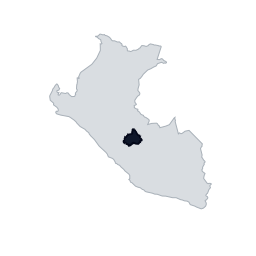 location of Oxapampa, Pasco, Peru, rotated 344°
{"feature_id": "86281439B19526712257024", "entity_name": "Oxapampa", "entity_type": "district", "adm_level": 2, "iso_a3": "PER", "parent_name": "Peru", "parent_adm1": "Pasco", "projection": "albers", "projection_center": [-75.08, -10.181], "detail": "fine", "context": "in_parent", "style": "filled", "palette": "ink", "viewbox_px": 256, "rotation_deg": 344, "n_neighbors": 0, "source": "geoboundaries", "source_scale": "gbopen_adm2", "svg_char_len": 7190}
<svg xmlns="http://www.w3.org/2000/svg" viewBox="0 0 256 256"><g transform="rotate(344 128 128)"><path d="M183.1,75.1L183.0,75.8L182.1,76.1L181.3,75.6L180.1,75.7L178.4,74.1L174.1,74.3L172.2,76.1L169.4,76.5L166.3,77.3L162.9,77.7L157.4,80.6L156.1,81.8L153.6,83.6L151.6,84.2L150.6,89.6L148.6,92.8L147.8,94.6L148.9,97.2L148.8,98.5L147.7,99.6L146.8,99.7L145.0,100.8L142.2,103.2L141.7,105.1L142.6,107.5L142.3,107.8L140.0,108.3L140.0,109.6L139.6,110.2L141.5,112.1L142.6,112.6L142.6,113.1L142.4,113.6L142.0,113.8L142.0,114.2L143.3,115.7L144.3,118.6L146.3,120.1L146.4,121.0L146.9,122.0L148.0,122.7L150.4,125.6L150.4,127.0L147.9,130.1L152.1,130.1L156.7,131.2L157.3,131.7L157.8,133.1L157.9,134.1L158.8,134.8L158.7,136.5L164.8,136.6L168.7,136.2L175.1,131.1L176.1,130.7L175.6,131.8L175.5,132.6L175.8,133.5L175.1,134.8L174.8,147.5L176.0,146.8L177.4,148.1L178.5,148.1L182.0,146.8L186.0,147.1L195.1,163.8L194.3,165.0L194.3,165.8L193.2,166.5L192.0,167.8L191.8,174.4L190.8,176.4L191.3,177.5L191.8,179.6L192.6,180.9L192.8,181.7L192.7,182.0L191.4,182.7L191.3,183.9L188.9,186.2L188.5,187.8L187.6,188.3L187.4,190.1L189.5,193.0L188.1,194.7L186.8,197.3L188.8,202.8L189.7,203.6L190.6,203.5L192.0,204.0L192.7,204.8L191.0,205.8L190.7,206.3L190.8,208.1L188.9,209.4L186.4,212.7L185.7,212.9L184.4,213.9L184.2,214.4L184.4,214.9L185.4,215.9L185.5,217.2L183.7,218.7L182.5,218.8L182.0,219.2L182.5,221.3L182.4,222.3L182.0,223.3L181.1,224.5L178.5,225.8L176.1,225.9L172.0,222.8L170.7,221.5L166.7,218.8L166.1,216.0L164.7,214.6L162.2,213.6L160.3,212.1L158.8,211.4L155.1,208.3L151.7,207.3L145.5,203.9L142.1,202.8L137.8,199.7L135.4,198.9L133.5,197.4L127.8,194.3L126.9,193.4L126.1,191.8L124.8,190.9L123.4,188.9L121.2,187.6L119.2,186.0L116.7,181.7L115.5,180.7L115.4,178.7L114.6,177.8L115.8,177.1L116.6,174.1L116.1,172.5L113.2,168.4L112.6,166.7L110.5,163.5L109.7,161.6L108.0,160.2L107.3,159.0L106.3,158.5L106.3,157.1L105.6,154.3L104.6,152.9L101.2,150.3L100.9,147.4L100.1,145.4L95.3,137.5L92.5,129.8L90.1,125.5L89.1,123.1L89.0,121.7L87.3,119.5L86.3,117.4L82.4,113.4L80.1,109.0L79.7,107.7L78.2,105.3L75.6,102.1L74.4,100.8L66.8,97.0L63.3,94.7L62.8,93.5L63.0,92.8L63.7,92.1L64.8,92.6L65.5,92.3L66.0,91.5L66.0,90.1L65.3,88.4L62.8,85.2L63.4,83.7L60.9,79.9L61.4,76.2L61.9,75.2L65.5,71.4L66.5,69.8L68.0,68.8L69.6,67.2L71.5,66.0L72.1,66.4L72.7,68.4L72.6,69.8L73.2,71.2L71.9,72.6L70.4,72.4L69.9,72.7L69.7,73.3L69.9,74.4L70.3,74.8L71.4,74.8L69.9,76.8L70.1,77.2L71.1,77.5L72.0,77.0L73.1,75.9L73.7,75.7L77.4,77.6L79.1,77.3L80.4,78.2L80.6,79.6L82.5,82.3L85.2,82.9L85.7,82.7L86.3,81.7L86.9,81.5L87.0,80.0L89.3,78.3L89.7,77.2L89.3,76.4L89.4,75.8L90.7,72.2L91.2,71.8L91.6,70.6L92.1,69.9L92.9,65.9L93.5,65.9L94.2,66.8L94.9,66.6L94.5,65.7L94.6,65.3L97.2,62.1L98.1,61.4L110.8,56.8L117.2,52.2L122.8,45.8L124.5,39.4L125.2,39.9L126.2,39.7L125.9,37.1L126.1,35.9L126.1,35.5L124.3,33.9L123.6,32.3L122.1,31.3L122.1,30.9L123.8,31.3L125.2,31.1L126.5,30.1L127.5,30.2L129.6,31.6L131.1,31.7L131.6,32.8L133.1,33.5L135.3,35.8L136.3,38.2L136.2,38.6L137.1,39.9L139.2,40.5L141.3,42.3L143.5,42.9L144.4,44.5L145.0,45.0L145.3,45.9L144.9,47.0L145.3,47.6L146.8,48.6L148.2,48.6L148.5,49.1L149.2,51.7L148.7,53.1L148.9,53.8L150.7,54.5L151.2,55.1L152.6,55.2L154.6,54.7L157.1,55.5L159.0,55.2L159.9,55.0L160.8,54.4L161.6,54.4L163.6,52.8L164.1,52.6L166.2,53.4L167.9,54.6L170.1,54.4L171.0,53.7L172.6,53.3L175.4,54.8L176.0,55.5L176.8,55.6L179.8,57.1L180.4,57.7L182.0,58.2L182.3,58.7L182.2,59.2L174.9,70.1L177.1,71.0L179.1,70.5L180.2,71.2L181.0,73.0L182.5,74.3L183.1,75.1Z" fill="#d9dde1" stroke="#a8b0b8" stroke-width="1"/><path d="M135.2,135.9L135.2,135.7L135.1,135.3L135.0,135.1L134.9,135.0L134.7,135.0L134.7,134.9L134.8,134.4L134.7,134.3L134.8,134.0L134.7,133.6L134.4,133.2L134.3,132.9L134.3,132.7L134.2,132.5L134.3,132.4L134.3,132.2L134.1,132.0L133.9,132.0L133.8,131.9L133.4,131.8L133.4,131.5L133.4,131.4L133.3,131.2L133.2,131.1L133.3,131.0L133.4,130.8L133.4,130.7L133.1,130.7L132.9,130.6L132.5,130.5L132.4,130.4L132.2,130.4L131.9,130.6L131.7,130.9L131.7,131.0L131.6,131.3L131.6,131.5L131.7,131.8L131.5,132.1L131.4,132.1L131.4,132.3L131.4,132.5L131.2,132.6L131.2,132.8L130.9,132.8L130.9,133.0L130.7,133.2L130.8,133.3L130.8,133.5L130.6,133.7L130.6,133.8L130.5,134.0L130.8,134.0L130.8,134.3L130.7,134.4L130.7,134.5L130.4,134.7L130.2,134.4L130.0,134.6L129.4,134.8L129.1,134.9L129.0,134.6L128.8,134.6L128.7,134.5L128.4,134.5L128.3,134.4L128.1,134.6L127.9,134.7L127.5,134.6L127.2,134.6L126.8,134.4L126.5,134.1L126.2,134.0L125.9,133.9L125.8,134.0L125.6,133.9L125.8,134.1L125.8,134.4L126.0,134.6L126.0,134.8L125.9,134.9L125.9,135.0L125.7,135.0L125.0,135.0L124.7,135.1L124.6,135.3L124.8,135.4L124.7,135.6L124.3,135.7L124.2,135.7L124.1,135.9L124.0,136.2L123.9,136.3L123.8,136.2L123.6,136.1L123.3,136.1L123.1,136.2L122.8,135.9L122.7,135.8L122.6,136.2L122.6,136.3L122.6,136.5L122.1,136.6L121.9,136.8L121.8,137.0L121.7,137.1L121.7,137.3L121.6,137.5L121.5,137.9L121.5,138.0L121.5,138.5L121.4,138.7L121.2,138.9L120.9,138.9L120.6,139.1L120.4,139.0L120.2,139.0L120.0,139.5L119.9,139.6L119.9,139.9L119.8,140.2L119.9,140.4L119.9,140.7L119.9,140.9L119.9,141.0L120.1,141.1L120.3,141.1L120.4,141.3L120.5,141.1L120.8,141.0L121.0,141.0L121.3,141.0L121.6,141.1L121.9,141.3L121.8,141.9L121.9,142.0L122.0,142.3L121.9,142.4L121.9,142.5L121.8,142.8L121.9,143.0L122.0,143.1L122.4,143.0L122.5,143.0L122.8,143.3L123.0,143.3L123.1,143.2L123.3,143.4L123.1,143.6L123.3,143.7L123.5,143.7L123.5,143.9L123.5,144.0L123.4,144.3L123.5,144.5L123.6,144.4L123.6,144.5L123.8,144.5L124.0,144.7L124.0,144.4L124.3,144.4L124.5,144.5L124.6,144.4L124.8,144.5L124.9,144.9L124.8,145.3L124.7,145.4L124.6,145.5L124.8,145.5L125.1,145.5L125.2,145.2L125.3,144.9L125.4,145.0L125.5,145.1L125.7,145.3L125.9,145.4L126.1,145.3L126.1,145.2L126.3,145.0L126.4,144.8L126.4,144.5L126.5,144.5L126.8,144.6L127.1,144.4L127.3,144.5L127.3,144.4L127.6,144.3L127.8,144.1L127.9,143.9L128.0,143.7L128.2,143.4L128.4,143.4L128.5,143.6L128.8,143.6L128.8,144.0L129.1,144.2L129.1,144.3L129.3,144.3L129.4,144.2L129.6,144.4L129.8,144.5L129.8,144.4L130.1,144.6L130.3,144.5L130.3,144.3L130.1,144.0L130.1,143.9L130.5,144.2L130.6,144.5L131.1,145.3L131.3,145.2L131.4,145.3L131.5,145.2L131.7,145.3L131.9,145.5L132.0,145.6L132.1,145.8L132.3,145.9L132.5,145.7L132.8,145.7L132.8,145.9L133.0,146.0L133.3,146.1L133.5,146.2L133.7,145.9L133.8,146.0L134.0,146.0L134.3,145.9L134.3,145.7L134.3,145.4L134.6,145.3L134.6,145.2L134.9,145.1L135.0,145.1L135.4,145.1L135.5,144.8L135.4,144.6L135.4,144.4L135.5,144.4L135.7,144.5L135.7,144.4L135.8,144.5L135.8,144.4L135.9,144.2L136.1,144.2L136.4,143.7L136.6,143.6L136.8,143.4L137.1,143.4L137.1,143.2L137.3,143.1L137.7,143.2L137.8,143.2L137.8,143.3L138.0,143.4L138.0,143.5L138.1,143.4L138.0,143.1L138.0,142.9L137.8,142.4L137.7,142.1L137.6,141.8L137.6,141.7L137.4,141.4L137.2,141.2L136.9,141.0L136.9,140.9L136.9,140.7L136.8,140.4L136.7,140.3L136.8,140.0L137.0,139.8L136.9,139.8L136.8,139.7L137.0,139.5L137.1,139.3L137.1,139.2L137.1,138.8L137.0,138.7L137.1,138.4L136.9,138.3L136.8,138.2L136.7,138.3L136.7,138.2L136.3,138.1L136.2,138.0L136.2,137.8L136.2,137.7L135.7,137.6L135.5,137.4L135.5,137.1L135.4,137.1L135.4,136.9L135.2,136.9L135.1,136.6L135.1,136.4L135.0,136.2L135.2,135.9Z" fill="#0f172a" stroke="#020617" stroke-width="1.5"/></g></svg>